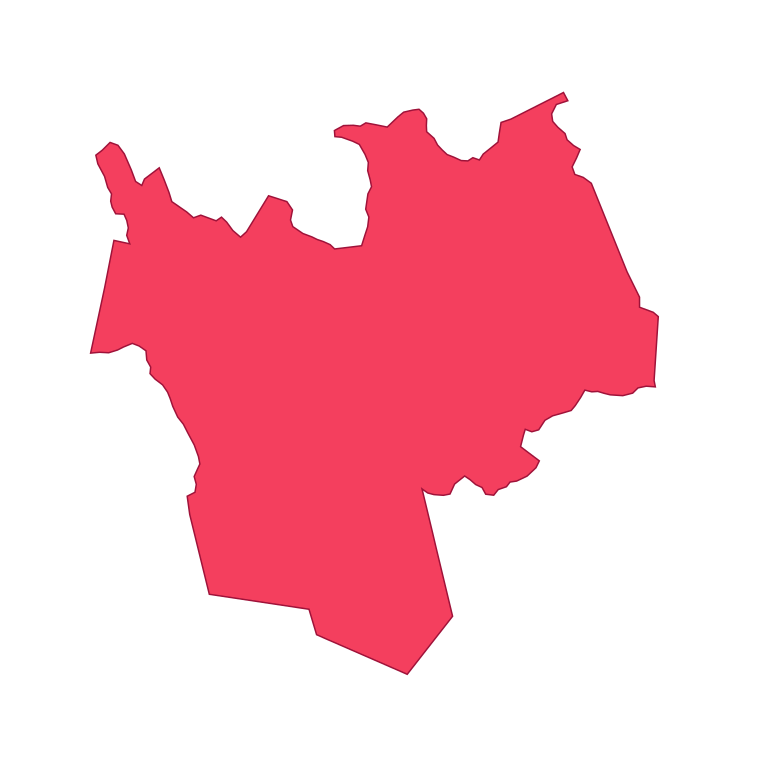 outline of Farias Brito, Ceará, Brazil, rotated 79°
{"feature_id": "56859067B39946839588909", "entity_name": "Farias Brito", "entity_type": "district", "adm_level": 2, "iso_a3": "BRA", "parent_name": "Brazil", "parent_adm1": "Ceará", "projection": "mercator", "projection_center": [-39.584, -6.906], "detail": "fine", "context": "isolated", "style": "filled", "palette": "rose", "viewbox_px": 768, "rotation_deg": 79, "n_neighbors": 0, "source": "geoboundaries", "source_scale": "gbopen_adm2", "svg_char_len": 2507}
<svg xmlns="http://www.w3.org/2000/svg" viewBox="0 0 768 768"><g transform="rotate(79 384 384)"><path d="M94.6,606.8L100.7,615.9L104.4,623.2L113.3,622.9L126.9,618.7L138.4,617.7L145.4,615.2L152.4,617.4L158.5,617.1L165.7,614.9L167.7,606.8L174.4,605.3L182.0,605.2L189.0,608.2L197.9,606.8L191.5,621.7L236.3,639.9L297.7,666.1L298.6,657.1L300.8,648.3L299.8,639.1L298.0,632.8L296.1,623.3L300.0,617.1L306.0,611.3L315.2,612.3L322.9,609.8L329.2,611.7L335.5,607.8L342.6,601.5L350.7,598.0L357.2,596.7L365.7,595.6L377.1,592.8L385.2,588.6L395.3,585.7L407.6,581.9L419.7,580.0L427.4,580.0L432.5,583.7L438.6,588.0L446.7,587.4L454.2,590.2L456.6,598.6L475.0,599.6L557.1,595.6L590.8,500.6L617.2,498.0L623.9,488.4L664.9,428.9L673.4,416.6L644.8,383.7L625.1,361.0L554.9,364.1L539.5,364.7L494.2,366.7L499.3,361.9L502.1,356.1L504.6,346.9L504.6,340.2L495.7,333.8L489.7,322.4L494.4,317.7L500.2,313.2L504.3,307.5L511.6,305.2L514.1,297.5L509.4,292.0L508.2,283.4L504.3,279.0L504.6,272.3L501.7,261.1L495.2,250.8L489.1,246.2L478.2,256.0L471.6,261.9L461.1,257.0L455.4,254.0L459.1,248.0L458.5,240.9L450.3,232.9L447.4,224.5L446.5,213.4L445.7,205.3L441.7,200.4L434.7,193.5L428.3,188.0L431.3,181.6L432.1,175.5L435.1,169.8L437.8,164.0L441.0,151.8L440.4,141.6L436.3,135.4L436.2,127.0L438.6,118.2L432.1,118.2L370.2,101.9L365.0,106.0L357.4,118.5L347.5,116.6L320.3,124.0L226.5,142.2L219.2,149.0L214.7,156.7L206.8,157.9L198.9,151.9L191.2,146.7L186.1,152.4L179.2,157.7L172.7,158.5L165.1,164.4L158.4,168.3L150.8,167.9L142.5,161.5L141.0,149.5L132.1,152.2L148.2,208.9L149.6,219.2L159.7,222.9L168.3,225.9L173.0,234.7L177.2,242.7L182.3,247.6L178.8,253.6L181.0,259.1L179.4,265.6L174.6,272.3L170.8,278.3L165.4,282.2L159.7,285.8L152.4,288.0L144.5,294.0L138.4,293.1L131.8,291.5L125.7,293.6L121.0,297.2L120.6,303.4L120.9,312.8L124.4,319.3L132.4,331.8L127.9,342.7L124.2,352.0L126.4,358.1L124.2,364.7L122.6,374.4L125.7,384.3L131.8,385.0L133.7,378.5L139.7,368.4L144.1,362.5L155.0,358.8L163.5,357.1L171.5,359.3L181.0,358.6L188.0,358.6L194.3,363.5L208.9,368.6L217.2,367.0L226.5,370.0L234.4,374.4L244.0,379.6L242.6,399.1L242.0,406.7L236.9,410.3L232.6,416.4L229.4,422.0L225.9,426.6L220.8,434.9L212.1,443.5L205.2,444.5L195.7,440.6L186.5,444.5L181.4,453.7L177.2,461.4L208.3,489.9L212.5,496.8L204.5,503.1L195.0,507.6L189.2,511.7L191.8,517.6L183.3,531.6L184.5,539.3L177.5,544.8L164.5,557.5L155.0,558.5L141.9,560.8L128.9,563.4L137.1,580.0L142.9,583.9L137.8,589.2L125.7,591.2L108.6,595.0L98.9,599.6L94.6,606.8Z" fill="#f43f5e" stroke="#9f1239" stroke-width="1.5"/></g></svg>